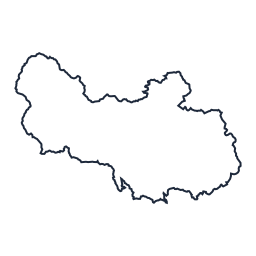 the district of Trang Dinh, Lạng Sơn, Vietnam
{"feature_id": "81297802B55237865359696", "entity_name": "Trang Dinh", "entity_type": "district", "adm_level": 2, "iso_a3": "VNM", "parent_name": "Vietnam", "parent_adm1": "Lạng Sơn", "projection": "albers", "projection_center": [106.413, 22.302], "detail": "fine", "context": "isolated", "style": "outline", "palette": "slate", "viewbox_px": 256, "rotation_deg": 0, "n_neighbors": 0, "source": "geoboundaries", "source_scale": "gbopen_adm2", "svg_char_len": 5782}
<svg xmlns="http://www.w3.org/2000/svg" viewBox="0 0 256 256"><path d="M145.8,196.6L147.6,197.8L149.4,198.1L150.4,198.9L152.4,199.8L153.0,202.2L153.9,202.7L155.6,201.1L157.6,200.4L158.6,200.4L160.5,199.0L160.9,199.7L162.7,199.9L163.2,200.4L165.1,201.1L165.4,201.2L165.7,202.4L166.8,202.8L166.8,201.8L166.1,200.0L164.6,198.9L164.2,198.4L164.2,194.8L163.5,193.6L163.6,193.1L166.4,195.7L166.8,195.2L167.5,194.9L167.9,194.1L167.7,192.4L168.1,190.0L168.4,189.7L169.7,188.9L173.8,187.9L174.2,188.1L174.8,189.0L176.2,189.1L177.2,188.6L180.6,190.0L182.9,189.7L183.6,190.6L186.6,191.7L187.2,191.7L187.9,191.1L189.2,191.2L191.0,193.6L191.1,194.3L191.8,194.7L191.5,195.8L192.1,197.5L193.4,197.4L193.9,198.4L194.9,199.3L196.9,199.3L197.4,198.7L196.8,196.3L198.4,195.6L198.5,194.6L199.7,193.9L200.1,193.1L200.4,193.0L201.2,193.0L202.4,194.2L203.2,192.8L203.2,191.5L203.8,191.4L204.9,191.8L205.9,191.9L206.0,193.0L206.5,193.4L208.3,194.3L209.6,194.3L212.1,192.0L213.0,190.7L213.4,189.6L214.8,188.8L215.7,189.2L217.4,188.7L218.6,187.5L219.7,187.0L220.6,185.2L221.2,184.6L221.5,184.6L222.6,186.1L223.2,186.4L226.9,184.5L227.2,184.2L226.3,182.3L227.9,182.1L230.1,178.9L230.9,176.2L231.0,173.6L233.5,174.2L234.7,174.2L236.4,173.6L238.0,172.4L238.9,170.7L238.7,168.4L239.0,167.2L239.3,166.7L240.4,166.3L240.6,165.8L240.5,162.8L237.3,158.4L237.1,156.8L236.0,155.7L236.1,153.6L234.7,151.3L235.1,148.3L233.6,145.7L232.7,145.2L233.2,143.3L234.1,142.3L235.0,142.1L235.6,141.1L235.6,139.4L234.9,138.1L232.9,136.6L232.1,134.7L230.8,133.5L229.9,133.5L227.9,134.9L226.4,135.3L225.7,135.0L224.9,133.7L224.9,132.7L226.7,130.9L227.1,130.0L226.2,129.0L224.6,128.5L224.6,127.3L225.6,123.7L222.1,119.5L220.5,115.8L220.5,115.3L221.7,112.6L220.2,112.2L219.6,110.8L218.4,109.9L217.5,110.5L216.8,110.2L213.4,110.2L211.4,109.8L210.0,111.1L208.9,111.2L204.4,113.3L203.3,111.6L201.0,109.9L200.3,110.7L197.9,110.7L197.2,111.1L196.2,110.7L194.6,110.6L191.8,109.4L190.7,108.1L189.2,109.9L188.0,110.5L186.9,109.9L186.2,108.9L185.8,107.4L185.1,106.9L183.2,109.2L178.3,105.7L182.2,101.7L184.8,100.8L184.6,100.2L184.1,99.8L184.2,98.9L183.6,98.0L183.3,96.3L186.4,95.5L188.0,94.0L189.5,93.1L190.5,91.3L190.7,90.3L189.6,88.4L189.3,84.6L188.9,84.2L185.7,82.9L184.5,80.3L183.1,79.6L183.1,78.8L182.3,77.9L182.0,76.6L180.7,75.2L180.4,73.2L178.9,71.7L177.0,71.9L176.1,72.7L174.0,72.2L172.4,72.6L169.0,72.9L168.5,73.2L167.6,73.0L166.7,75.1L164.5,75.9L165.1,76.2L166.0,77.2L166.3,78.3L165.3,78.2L164.0,79.8L162.6,80.0L160.8,82.8L159.2,82.6L158.8,82.1L157.7,81.5L157.5,80.9L156.0,81.0L154.2,79.6L153.1,80.1L151.1,79.8L149.9,80.8L148.3,81.2L147.9,81.6L148.0,82.6L149.5,83.0L149.4,84.4L147.6,85.3L145.8,85.6L145.1,86.6L145.2,86.9L147.8,87.7L148.1,89.4L147.5,90.2L146.2,90.8L144.5,91.6L143.2,91.7L144.0,92.8L147.4,93.3L147.6,93.9L146.9,95.4L146.8,96.6L146.4,97.0L144.4,97.4L141.9,99.2L140.9,99.1L140.0,99.6L138.6,99.7L137.8,101.1L135.8,100.6L135.0,101.4L133.7,101.3L131.9,102.3L131.1,102.3L129.4,101.4L127.6,101.1L126.2,99.3L125.6,99.5L124.5,99.1L123.2,99.4L121.3,101.3L119.8,101.2L118.5,100.7L115.0,96.2L114.4,96.0L110.9,96.3L109.1,96.1L108.4,95.5L107.8,94.6L107.1,94.4L104.1,97.1L103.1,98.7L100.0,99.5L99.3,101.1L94.7,101.6L93.4,102.2L92.3,102.2L91.4,101.9L91.0,100.9L88.5,99.8L86.9,96.7L85.6,96.1L85.1,95.1L84.3,94.7L83.3,93.6L84.5,91.8L84.8,89.8L84.2,88.0L84.7,85.9L83.2,85.0L82.4,83.4L80.2,81.5L79.6,80.6L80.2,77.9L80.1,77.5L78.7,76.4L77.8,76.0L77.4,76.2L76.0,77.7L74.3,78.3L73.5,78.3L71.5,77.6L70.7,77.1L69.8,75.8L68.0,74.3L66.7,72.6L65.6,72.2L65.0,71.2L63.7,69.9L61.9,70.2L60.4,69.7L59.8,69.0L59.1,64.7L58.7,64.1L57.6,63.4L57.0,61.4L55.4,59.5L53.9,59.3L53.0,58.1L51.7,58.1L50.3,57.4L49.9,56.9L48.7,58.4L47.6,58.3L46.4,56.5L45.5,56.4L43.4,54.7L41.1,54.1L39.2,53.2L38.3,53.8L36.7,54.4L36.2,55.6L35.6,56.1L31.4,56.1L30.4,57.2L29.0,57.8L27.7,59.7L26.7,62.7L25.7,63.5L24.5,63.9L24.4,64.3L24.7,65.1L22.5,66.9L22.2,68.5L21.6,69.5L22.0,70.7L21.8,71.6L19.0,74.6L18.7,76.5L19.2,78.3L18.7,79.1L17.9,79.6L17.0,81.3L16.4,81.8L16.6,83.7L16.3,84.4L16.4,85.3L15.9,87.3L15.4,88.2L15.8,89.0L16.7,89.5L16.4,91.4L17.6,92.8L18.2,93.2L22.6,94.5L25.6,96.9L26.6,99.9L28.9,101.4L29.8,102.7L30.1,104.3L30.6,105.4L30.5,106.5L28.8,107.6L28.1,109.3L26.9,109.8L25.8,111.5L25.8,112.4L24.4,113.9L24.1,115.7L22.5,118.2L22.4,119.5L22.8,120.9L21.8,122.4L21.8,123.0L22.4,124.6L23.4,125.8L24.0,128.2L25.3,129.6L27.1,133.5L29.1,134.7L31.0,133.5L32.3,134.9L32.6,137.2L33.9,137.1L35.6,138.3L37.0,138.9L41.3,143.9L41.5,145.0L41.4,147.4L42.3,149.3L40.6,153.2L41.9,153.9L44.4,153.9L46.0,151.7L47.6,151.6L49.3,150.6L50.0,150.7L51.7,151.8L53.4,151.6L55.3,152.7L56.8,152.5L57.9,151.9L59.7,152.2L59.7,151.2L60.1,150.9L62.8,151.5L64.1,150.3L63.8,148.9L64.3,148.4L64.6,147.1L65.4,146.6L66.3,146.5L67.4,147.6L68.9,148.3L68.6,151.7L69.1,152.3L69.0,153.0L69.6,153.7L70.0,155.2L71.1,156.5L71.6,157.6L73.5,157.2L77.6,158.5L78.3,159.5L79.3,159.8L80.4,160.6L81.3,162.2L85.9,161.8L88.1,162.1L92.7,161.7L93.8,162.0L96.7,162.1L97.6,161.1L98.2,162.6L100.1,164.3L101.4,163.9L102.9,164.0L104.6,164.9L106.3,164.1L107.9,164.1L108.6,164.6L108.6,165.7L110.7,166.1L111.5,166.6L112.3,168.0L113.4,169.1L114.0,170.7L113.5,171.8L113.5,172.8L113.1,173.9L113.3,175.3L114.1,177.0L113.0,177.6L113.4,179.3L114.7,180.3L114.8,181.3L115.5,182.4L115.3,183.1L117.2,186.0L117.7,187.6L117.7,188.4L118.6,189.8L120.2,191.1L120.8,191.1L121.4,190.8L121.9,188.9L123.8,188.5L125.1,187.7L124.1,186.8L121.9,186.5L121.7,185.4L122.3,184.6L121.2,178.7L122.4,179.6L122.9,180.5L124.2,181.2L124.8,183.1L125.7,183.4L127.2,184.8L128.6,185.2L129.5,186.9L129.6,188.4L131.5,189.1L131.7,190.7L132.5,191.9L133.5,192.5L132.9,193.9L132.4,194.4L132.6,196.2L133.8,197.1L133.3,198.5L133.6,199.1L136.2,198.4L138.6,198.9L140.1,198.9L141.0,196.4L142.0,196.4L143.0,195.7L144.6,196.5L145.8,196.6Z" fill="none" stroke="#1e293b" stroke-width="2"/></svg>